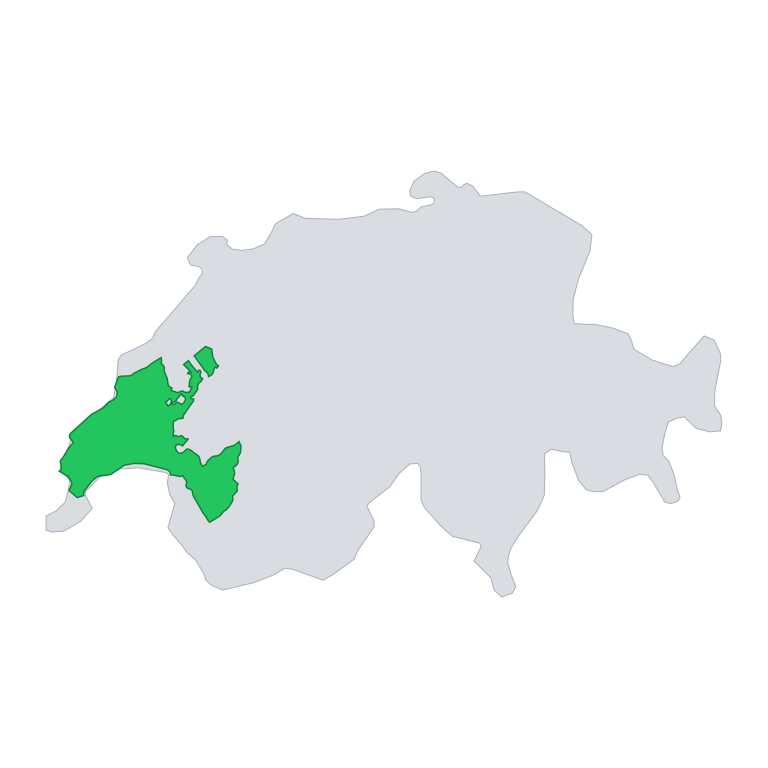 Vaud highlighted on a map of Switzerland
{"feature_id": "CHE-3422", "entity_name": "Vaud", "entity_type": "Canton", "adm_level": 1, "iso_a3": "CHE", "parent_name": "Switzerland", "parent_adm1": "", "projection": "orthographic", "projection_center": [6.845, 46.59], "detail": "fine", "context": "in_parent", "style": "filled", "palette": "green", "viewbox_px": 768, "rotation_deg": 0, "n_neighbors": 0, "source": "natural_earth", "source_scale": "10m", "svg_char_len": 7380}
<svg xmlns="http://www.w3.org/2000/svg" viewBox="0 0 768 768"><path d="M576.4,222.3L581.0,225.0L591.9,234.4L590.0,251.0L578.8,278.0L573.1,299.7L572.9,316.2L574.4,323.9L576.6,323.8L588.3,324.5L594.2,324.3L613.1,328.1L628.3,334.1L631.5,340.8L633.8,349.2L652.1,360.0L672.9,366.6L679.7,363.9L704.0,335.9L714.0,339.9L720.6,353.9L720.6,361.5L714.9,390.4L714.4,405.8L720.9,415.6L721.9,423.5L720.5,430.8L710.3,431.9L696.4,428.6L684.3,416.7L675.7,418.6L668.2,422.1L664.8,433.9L661.9,448.0L663.3,455.7L669.0,461.4L673.8,474.0L677.5,490.3L680.1,497.7L677.7,501.2L670.6,503.8L664.5,501.8L653.2,482.5L648.0,475.2L639.6,474.2L625.2,479.6L603.1,491.4L594.0,491.7L586.2,489.7L578.7,480.6L572.0,462.8L569.6,451.6L565.4,452.1L550.9,449.3L544.4,453.9L544.9,472.4L544.3,495.3L537.5,510.4L518.1,536.6L511.0,548.0L508.3,556.1L507.8,563.1L511.2,575.1L515.8,586.5L512.4,593.2L501.8,596.9L494.1,590.1L490.8,577.7L474.0,561.1L481.1,546.7L479.8,543.2L452.7,536.5L440.8,526.0L424.2,507.4L421.0,499.3L421.1,473.0L420.1,466.6L417.9,463.5L410.0,463.9L399.3,473.3L389.4,487.1L369.0,502.9L366.9,506.2L374.1,521.1L373.9,527.0L357.3,551.2L354.2,559.1L333.0,574.5L323.2,580.2L293.2,569.5L285.0,568.2L271.7,575.8L252.9,582.9L222.5,590.1L211.3,585.0L206.0,580.2L203.4,572.9L195.7,560.1L187.1,552.5L181.1,544.3L173.1,535.2L168.0,527.6L174.8,503.5L169.9,494.9L167.3,482.8L168.6,474.6L165.9,472.6L138.7,467.8L116.1,469.2L99.8,477.2L86.5,490.5L84.9,493.4L85.7,495.8L92.2,508.2L80.9,521.1L63.7,531.1L51.5,532.0L46.1,530.0L46.1,516.0L56.2,511.0L65.3,502.0L68.5,489.2L69.7,480.2L60.3,469.3L61.5,462.6L67.5,450.0L71.0,438.9L75.8,429.2L94.7,413.6L113.6,397.8L116.6,380.9L118.1,360.4L120.8,355.4L146.1,343.2L152.4,338.4L155.6,331.4L175.5,308.4L195.0,285.5L199.0,277.9L202.3,273.4L202.2,269.6L199.8,266.8L190.5,264.9L187.3,257.6L197.4,244.7L210.0,236.7L222.3,236.5L227.2,240.2L227.0,244.5L232.3,249.1L241.6,250.5L253.1,248.9L264.5,243.9L271.4,232.3L275.5,223.6L293.3,213.5L305.5,218.4L339.5,219.3L364.1,216.2L379.5,209.2L398.7,208.8L411.6,212.4L413.9,211.8L417.4,210.8L420.8,207.1L432.9,204.4L434.5,201.3L433.9,198.2L431.7,196.7L416.8,198.6L411.1,196.4L409.5,190.9L414.1,181.2L424.9,173.2L434.1,171.1L440.8,173.0L457.5,187.1L461.4,187.5L463.6,184.8L467.0,183.3L472.7,186.0L479.2,194.8L480.3,196.2L516.7,192.0L524.8,191.8L550.1,206.8L576.4,222.3Z" fill="#d9dde1" stroke="#a8b0b8" stroke-width="1"/><path d="M68.9,490.5L71.7,484.5L71.5,482.1L69.7,478.7L67.5,476.3L60.0,471.6L59.3,471.2L61.1,469.5L61.4,468.1L61.1,466.6L61.1,464.9L61.0,464.2L60.6,463.3L60.3,462.3L60.3,461.2L60.9,459.8L62.7,458.0L68.0,449.0L73.4,442.3L72.3,440.9L69.8,438.1L69.4,435.2L71.4,432.6L91.9,414.1L102.7,408.3L104.2,407.0L108.2,402.5L113.2,399.9L114.8,398.7L116.5,396.6L117.1,394.8L117.1,391.1L115.9,389.8L115.2,388.8L114.7,387.5L115.0,386.5L117.4,379.3L118.4,377.4L118.7,376.7L121.5,376.2L129.2,375.9L130.5,375.7L132.0,374.9L134.1,373.2L141.5,369.4L146.0,367.8L148.3,366.3L152.3,363.0L161.2,357.6L161.6,360.3L161.3,362.5L161.7,363.8L162.5,364.9L163.7,365.9L164.2,367.0L164.3,368.3L164.2,370.4L164.5,371.8L164.7,372.7L167.2,378.2L168.0,384.0L168.5,385.6L170.2,387.3L170.5,387.5L170.9,387.6L171.5,387.5L171.8,387.7L172.0,388.1L171.9,388.5L171.7,389.0L171.3,389.6L171.1,390.0L171.3,390.3L173.2,391.2L173.7,391.3L174.3,391.4L174.9,391.5L176.5,392.3L177.2,392.5L177.7,392.5L178.9,392.3L179.8,391.7L180.8,391.3L181.5,391.3L182.5,391.0L183.2,391.3L183.9,391.8L184.6,392.2L185.3,392.3L187.4,392.4L188.2,392.3L189.3,391.9L189.7,391.7L190.1,391.2L191.2,388.6L191.9,387.5L191.9,387.1L191.6,386.7L190.7,386.6L189.6,387.1L189.3,386.9L189.0,386.3L189.6,381.8L189.7,381.1L189.9,380.3L190.2,379.6L190.9,378.2L191.8,376.7L191.8,376.0L191.4,375.3L189.8,374.1L188.9,373.6L188.2,373.5L187.7,373.6L187.8,372.8L188.2,372.4L188.7,372.1L189.7,371.7L190.0,371.7L190.3,371.9L190.7,372.3L190.9,372.4L190.5,371.6L190.0,370.9L183.6,364.6L188.4,360.6L193.1,367.2L193.6,367.6L194.5,368.5L196.9,371.8L197.3,372.2L197.7,372.2L197.8,372.1L198.0,371.6L198.0,371.3L198.1,370.8L198.3,370.5L198.8,370.3L199.3,370.1L199.7,370.1L200.0,370.3L200.4,370.7L200.7,371.5L200.9,372.4L200.4,373.3L200.2,374.2L200.1,375.3L200.5,377.2L201.1,378.1L201.5,378.4L202.2,378.1L202.4,378.2L202.6,378.4L202.5,379.1L202.0,380.0L200.5,381.9L199.6,382.5L198.9,383.1L198.4,383.9L197.5,386.2L197.8,389.2L193.7,395.1L193.1,395.8L192.5,396.2L190.6,396.8L190.4,397.2L190.8,398.0L191.3,398.4L191.9,398.6L193.8,399.1L193.9,399.3L193.4,401.1L189.0,407.2L183.8,414.8L182.9,417.0L182.9,417.4L183.1,417.7L183.2,418.0L182.8,418.3L182.0,418.5L179.6,418.6L177.9,418.9L175.5,420.6L173.7,420.8L173.3,423.1L173.2,424.1L173.2,426.7L173.4,429.1L173.7,430.4L173.8,431.5L173.7,432.0L173.3,432.2L173.2,432.4L173.2,432.9L173.3,433.5L173.3,434.3L173.2,435.3L173.2,436.1L173.3,436.4L174.6,435.8L175.3,435.6L176.2,435.6L177.4,436.5L179.6,436.3L181.3,435.8L181.9,436.0L182.7,436.4L184.4,438.2L185.5,438.9L186.1,439.1L187.3,438.8L187.8,438.7L188.1,438.9L187.8,439.4L187.0,440.6L183.3,444.9L182.8,445.6L182.3,445.9L180.5,444.7L180.1,444.6L178.9,444.5L176.9,444.6L176.5,444.7L175.2,447.3L176.3,450.3L178.0,452.7L178.7,453.0L179.8,453.3L182.0,452.9L183.3,452.3L184.4,451.5L186.6,449.1L188.2,449.1L190.3,449.9L198.7,456.2L199.7,458.7L200.2,461.0L200.4,461.9L200.6,463.0L201.1,464.0L201.6,464.8L202.0,465.6L202.5,465.9L202.6,466.2L206.1,464.5L206.7,462.6L207.0,462.0L207.5,461.3L208.9,459.6L211.6,457.3L212.6,456.7L213.7,456.3L218.1,455.7L219.4,454.9L221.0,453.6L223.4,450.8L224.5,449.2L226.0,447.9L234.6,445.2L239.1,441.6L239.8,443.5L240.2,444.1L240.6,444.8L240.9,445.4L240.9,446.4L240.9,447.9L240.9,449.3L240.7,451.1L240.3,452.9L239.1,455.1L238.3,456.1L237.9,457.0L237.8,457.8L238.2,460.8L238.1,462.1L237.6,463.6L236.2,465.5L233.8,467.0L233.3,467.7L233.8,469.6L234.3,471.0L234.6,472.7L234.6,473.9L232.9,479.3L234.4,480.5L236.6,482.7L237.5,483.2L237.9,483.8L238.0,484.5L237.3,485.8L237.0,486.5L237.2,491.0L235.3,493.1L232.7,495.9L232.7,496.6L232.9,499.5L232.4,501.2L230.6,504.4L228.5,507.4L225.6,510.3L223.9,511.1L220.3,515.6L215.3,518.9L209.5,522.2L207.7,519.9L206.6,517.8L203.2,513.2L193.5,496.3L192.8,494.3L192.1,490.5L190.5,489.2L188.5,488.7L186.6,487.4L186.0,485.8L186.2,484.2L186.6,482.7L186.6,481.6L185.6,479.7L183.4,477.0L182.4,475.5L180.5,476.5L173.3,475.1L170.5,474.9L170.3,472.9L168.9,470.7L166.6,469.6L144.1,463.7L134.0,463.4L124.3,465.2L111.3,474.1L106.4,475.3L101.4,475.5L96.7,477.0L91.8,481.2L87.4,486.9L84.2,491.2L83.4,494.2L83.7,495.5L77.3,497.6L70.4,491.8L68.9,490.5ZM181.8,404.2L182.9,403.6L184.0,402.5L185.1,400.4L185.6,398.7L184.9,397.1L183.6,396.4L182.6,396.0L182.1,394.9L181.3,394.0L180.5,394.6L179.9,395.5L178.9,396.9L178.0,397.6L176.7,399.5L176.0,400.9L174.4,401.6L173.3,402.2L172.4,402.9L171.9,403.5L172.3,404.4L173.3,404.4L174.6,404.2L176.3,402.5L177.4,402.2L179.2,403.1L180.4,403.6L181.8,404.2ZM168.2,406.0L169.2,405.1L169.9,404.4L171.1,402.9L171.3,401.3L171.2,399.6L170.3,398.7L169.3,398.7L168.1,400.0L167.1,401.3L166.1,401.3L165.7,402.4L166.3,403.4L167.1,404.2L167.5,405.6L168.2,406.0ZM205.5,346.5L211.7,349.0L212.7,356.4L213.3,358.0L216.5,364.5L216.9,364.8L217.4,365.1L218.3,365.5L218.4,365.9L218.1,366.5L217.0,367.8L216.6,368.0L216.3,367.8L215.9,367.3L215.5,367.1L215.0,367.3L214.5,368.0L214.0,369.0L213.6,371.0L213.3,372.1L212.9,373.0L212.5,373.7L211.2,375.2L208.6,376.6L208.4,376.1L208.2,374.5L206.1,371.4L204.4,370.5L203.6,369.0L194.2,355.8L205.5,346.5Z" fill="#22c55e" stroke="#15803d" stroke-width="1.5"/></svg>